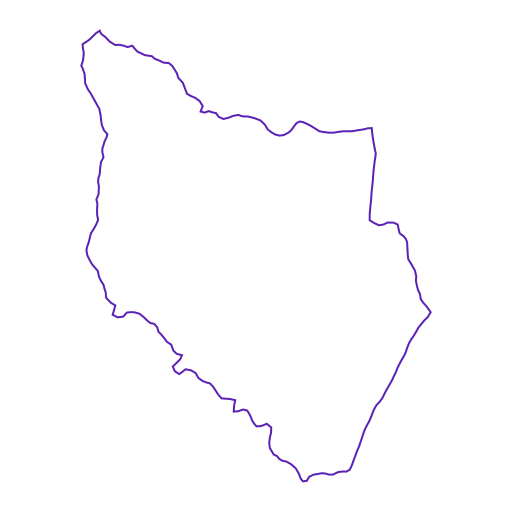 the district of Santa Juliana, Minas Gerais, Brazil
{"feature_id": "56859067B39464064120136", "entity_name": "Santa Juliana", "entity_type": "district", "adm_level": 2, "iso_a3": "BRA", "parent_name": "Brazil", "parent_adm1": "Minas Gerais", "projection": "mercator", "projection_center": [-47.514, -19.38], "detail": "fine", "context": "isolated", "style": "outline", "palette": "violet", "viewbox_px": 512, "rotation_deg": 0, "n_neighbors": 0, "source": "geoboundaries", "source_scale": "gbopen_adm2", "svg_char_len": 3569}
<svg xmlns="http://www.w3.org/2000/svg" viewBox="0 0 512 512"><path d="M123.3,316.6L126.8,312.6L131.3,312.1L134.8,312.4L139.4,313.7L143.5,316.9L147.6,320.9L150.5,323.1L154.1,323.8L157.2,327.2L158.5,331.8L161.4,334.7L164.1,338.0L166.9,341.8L171.2,344.6L173.4,350.6L176.7,353.8L182.0,355.2L180.1,359.4L176.0,363.4L172.8,366.6L174.9,371.3L179.2,374.1L182.3,371.9L185.5,369.3L190.9,370.3L195.6,373.0L198.4,378.0L202.6,381.0L206.2,382.4L209.9,383.4L212.8,386.3L215.2,389.9L218.2,394.6L221.6,398.4L229.9,399.0L235.3,400.2L234.0,406.2L233.8,411.6L238.4,411.2L243.1,409.5L247.3,410.6L250.4,415.9L252.1,420.3L254.0,423.5L256.5,426.3L261.0,426.1L266.8,423.8L271.2,427.4L271.1,432.4L269.9,437.5L269.2,442.9L269.9,448.1L273.7,454.5L277.2,456.2L279.2,458.9L282.5,460.8L286.5,461.6L291.2,464.3L295.8,468.4L299.0,474.0L300.7,478.6L302.9,481.3L306.7,480.9L309.2,476.8L313.4,474.7L317.7,474.0L322.1,473.2L325.6,473.6L329.0,474.6L332.9,474.6L338.3,472.0L343.1,471.5L346.4,471.6L349.8,469.7L352.0,464.9L353.9,459.5L355.8,454.6L357.1,450.9L359.0,446.6L360.5,442.1L362.2,437.1L363.9,431.9L365.5,428.0L367.3,424.7L369.7,420.2L371.2,416.6L372.4,413.3L374.1,409.3L376.4,405.2L379.7,401.7L382.4,398.0L384.8,393.1L386.9,389.2L389.9,384.0L392.2,379.9L393.9,376.1L395.7,372.5L397.5,367.9L399.5,363.9L402.2,358.9L404.3,355.4L405.8,352.1L407.1,348.0L409.2,342.8L411.3,339.2L413.9,335.5L416.3,331.5L418.5,327.4L421.5,323.8L424.5,320.2L427.6,317.3L430.7,312.2L426.8,306.7L423.4,302.9L420.8,299.3L419.9,293.8L418.1,290.3L416.8,285.3L415.9,280.5L416.3,276.6L415.0,270.7L411.5,264.4L408.3,259.3L407.7,254.2L407.5,250.0L407.3,246.1L407.1,242.3L405.8,238.8L403.5,236.1L399.7,233.4L398.6,229.0L397.7,224.5L393.3,222.6L387.5,222.6L383.5,224.5L379.0,225.3L374.1,223.0L369.7,220.3L369.7,213.9L370.2,209.0L370.5,204.9L371.1,200.4L371.3,196.2L371.7,190.9L372.4,184.8L372.8,180.7L373.1,176.7L373.5,171.1L374.2,165.3L374.7,161.1L375.3,157.4L375.8,153.7L374.8,149.1L373.9,144.1L373.3,140.6L372.7,136.7L372.2,133.0L371.8,128.1L367.8,128.3L364.4,129.2L360.9,129.8L356.8,130.4L352.4,131.2L342.9,131.3L338.2,131.9L333.8,132.7L329.0,132.7L323.3,132.0L319.2,131.2L315.6,128.8L310.7,125.8L306.9,123.8L303.0,122.1L299.7,121.5L296.5,123.1L294.3,126.0L291.4,130.0L288.7,132.5L283.7,135.1L279.4,135.6L275.2,134.5L271.0,132.0L267.7,129.4L264.8,124.6L260.4,120.4L254.0,118.0L248.1,116.5L242.6,116.4L238.2,114.9L233.0,115.9L228.6,117.7L223.5,119.0L218.7,116.9L216.0,113.1L212.1,112.3L208.9,111.1L204.4,112.6L200.6,111.5L202.7,106.1L199.6,101.0L195.1,97.8L190.7,95.9L186.9,93.7L184.7,87.7L182.9,82.9L178.3,77.9L176.9,73.3L174.7,69.7L172.3,66.0L168.9,63.1L163.5,62.6L158.9,60.4L154.8,58.8L151.9,56.2L148.4,55.7L144.7,55.1L141.2,53.3L137.7,51.8L134.8,48.8L132.3,45.7L127.6,47.1L123.7,45.7L119.6,44.8L115.2,45.0L109.8,41.7L105.2,36.9L101.2,33.9L99.7,30.7L95.9,33.3L92.6,36.5L90.1,39.0L87.3,41.2L82.6,44.2L82.9,47.9L83.8,53.5L83.0,60.6L81.3,65.6L82.9,69.0L84.6,74.1L84.9,78.6L85.2,83.4L87.9,89.3L90.8,93.6L94.2,99.7L96.8,104.4L99.3,108.8L100.6,115.2L101.1,120.4L101.9,125.2L103.9,130.2L107.4,134.2L106.4,137.8L104.7,141.0L103.5,145.1L102.4,148.4L102.3,152.0L103.5,157.2L101.0,162.1L100.2,168.0L99.7,174.2L98.4,178.1L98.1,181.7L98.9,186.3L98.6,194.1L96.4,199.5L97.4,203.7L97.1,208.4L97.1,214.5L98.1,219.9L96.2,224.5L93.7,229.0L91.0,233.2L89.7,238.3L88.9,241.7L87.3,246.3L86.4,250.0L87.3,255.2L89.6,260.0L92.4,264.8L95.3,268.0L97.9,271.2L99.0,276.8L101.2,281.3L103.5,284.6L104.4,288.4L105.7,292.4L106.2,297.9L110.8,302.7L115.3,305.4L114.0,310.4L112.6,314.8L117.5,317.3L123.3,316.6Z" fill="none" stroke="#5b21b6" stroke-width="2"/></svg>